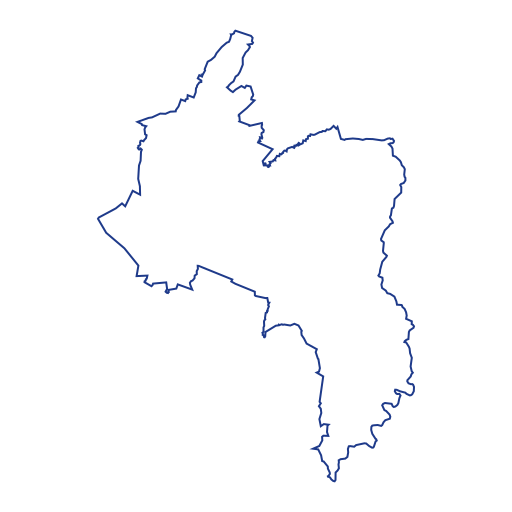 outline of Colima, Colima, Mexico
{"feature_id": "50627088B47907092422730", "entity_name": "Colima", "entity_type": "district", "adm_level": 2, "iso_a3": "MEX", "parent_name": "Mexico", "parent_adm1": "Colima", "projection": "orthographic", "projection_center": [-103.617, 19.099], "detail": "fine", "context": "isolated", "style": "outline", "palette": "blue", "viewbox_px": 512, "rotation_deg": 0, "n_neighbors": 0, "source": "geoboundaries", "source_scale": "gbopen_adm2", "svg_char_len": 6058}
<svg xmlns="http://www.w3.org/2000/svg" viewBox="0 0 512 512"><path d="M251.9,41.1L252.6,37.8L251.0,35.9L235.4,30.7L234.4,31.8L234.0,33.3L232.1,34.4L230.9,34.4L231.2,35.0L230.2,39.0L229.0,41.8L226.7,42.7L221.7,47.0L216.5,53.2L214.7,56.7L211.0,59.9L207.7,61.7L204.7,69.2L205.1,70.4L203.0,74.2L202.3,74.4L202.7,74.7L202.0,76.6L199.3,75.2L197.8,78.4L201.3,80.6L201.3,82.0L199.4,82.4L197.1,85.5L196.9,86.9L196.0,88.3L195.7,92.4L193.7,97.5L187.7,95.2L187.4,97.7L187.7,98.7L185.7,99.4L185.2,101.1L181.0,99.5L178.5,106.5L176.0,109.9L175.7,111.4L170.3,111.7L165.5,113.8L160.2,113.6L152.0,117.4L148.6,117.9L137.5,121.9L141.8,124.1L142.1,125.1L146.2,126.2L145.2,127.4L144.5,129.3L145.1,134.3L146.6,135.2L146.0,138.1L143.5,140.8L144.2,141.5L141.3,140.6L140.5,140.9L140.0,142.8L140.4,144.0L140.0,145.0L138.3,146.0L138.6,147.1L137.8,147.9L138.8,149.4L139.4,149.5L140.6,148.5L141.8,149.7L141.0,151.8L140.6,160.8L139.0,165.5L138.2,178.9L139.9,186.2L140.1,194.7L132.7,190.8L125.2,206.3L122.0,203.4L115.8,208.4L98.8,217.5L98.0,218.8L106.2,232.8L124.4,248.3L138.4,265.6L136.6,276.1L147.4,275.6L146.7,278.7L145.8,279.3L145.7,280.6L144.6,281.3L144.5,282.2L151.5,286.2L152.6,285.0L153.1,283.6L166.2,282.4L167.1,288.9L165.6,291.7L166.8,292.8L167.9,293.0L168.0,292.2L168.7,292.1L168.6,289.9L176.3,288.6L177.8,284.4L192.2,289.6L190.2,284.7L189.9,282.8L191.1,281.1L192.5,280.6L194.5,278.3L194.7,275.6L196.8,274.2L196.7,271.2L197.9,268.9L197.7,265.8L198.7,265.9L232.3,279.5L231.3,281.5L235.4,283.8L254.8,291.7L254.9,295.4L255.8,296.0L265.5,298.1L267.3,298.0L268.2,302.6L269.3,302.7L268.1,305.0L268.9,306.3L267.6,309.5L267.7,310.8L267.0,311.0L267.0,312.4L265.7,312.9L265.0,318.1L265.3,319.4L264.3,320.4L264.0,321.6L264.2,325.9L263.5,327.4L263.5,331.8L262.4,332.8L262.9,333.8L262.7,334.9L263.6,335.3L264.1,337.2L264.6,337.3L265.2,336.5L265.5,332.0L275.8,325.7L278.8,325.3L278.9,324.7L279.6,325.0L281.8,324.3L283.0,324.8L284.2,324.5L290.3,325.5L294.4,323.8L298.5,325.5L301.8,330.9L301.3,331.8L301.6,335.0L304.0,338.5L306.6,343.6L316.8,349.2L315.7,352.1L317.9,358.7L318.4,359.1L319.9,368.2L319.0,371.6L316.7,372.6L323.2,376.4L319.6,401.8L320.8,403.3L318.9,406.2L320.8,408.8L321.3,413.0L319.4,419.1L320.8,426.2L323.8,424.1L328.5,424.7L327.5,425.6L327.0,432.0L328.3,435.9L323.4,435.7L322.1,436.8L322.3,440.4L319.3,446.0L313.1,448.7L318.2,449.4L321.1,455.3L322.2,461.1L323.7,461.5L327.8,466.5L327.9,468.6L329.7,472.4L329.9,473.9L328.6,475.8L327.2,476.7L328.1,476.6L330.0,477.4L331.3,479.4L333.3,481.0L334.6,481.3L335.5,480.0L335.6,472.5L337.6,470.5L338.9,468.3L338.5,464.5L338.9,462.3L338.7,460.3L340.6,459.2L345.3,458.6L347.4,456.9L348.2,452.4L347.9,449.0L348.8,446.3L350.1,446.1L354.2,446.7L356.1,445.1L364.4,443.3L366.2,443.5L369.1,446.0L372.1,447.7L373.3,447.5L373.9,446.6L375.6,441.4L376.7,440.6L376.2,439.2L375.5,438.8L372.3,433.8L371.2,429.9L371.4,426.8L372.3,425.6L373.9,425.3L377.7,425.0L381.2,425.9L382.2,425.1L383.5,422.3L385.3,420.2L389.8,418.7L390.3,416.7L389.6,414.6L386.2,411.0L384.4,410.1L382.2,405.3L383.2,403.8L385.0,403.0L391.6,403.8L392.7,406.2L393.8,407.0L395.4,406.5L397.3,405.0L398.3,403.3L399.4,398.1L400.5,395.5L399.4,393.9L397.1,394.0L396.0,393.3L394.8,391.2L395.2,389.7L396.7,389.8L400.1,391.3L405.4,392.7L406.4,393.8L409.8,395.4L410.9,395.2L412.2,394.3L413.8,391.2L414.0,386.9L413.1,384.7L412.3,384.1L410.9,384.2L408.5,383.3L407.3,381.4L407.4,380.2L410.7,376.5L411.4,374.3L412.8,372.7L411.7,371.2L410.6,366.5L411.8,357.8L410.1,353.2L409.6,348.6L408.9,346.8L406.2,342.5L404.4,342.1L404.7,341.2L406.4,339.8L408.4,339.1L408.9,332.0L409.7,330.4L413.5,327.8L414.0,326.3L412.9,324.8L411.7,324.2L411.8,321.3L406.1,318.8L406.7,315.6L406.1,312.3L404.6,308.9L402.3,306.8L402.0,305.4L401.5,305.0L397.0,304.7L396.4,301.5L394.4,296.6L390.2,293.9L387.3,293.2L385.8,290.6L382.1,288.0L381.4,284.5L382.7,280.4L382.4,277.7L379.2,276.5L378.4,275.6L379.7,273.3L380.2,269.5L382.3,261.7L386.4,256.9L386.9,255.7L383.4,252.6L383.0,250.9L383.8,243.0L383.7,242.2L381.3,240.5L381.0,239.0L384.8,230.3L388.8,226.4L390.1,224.2L392.9,222.8L392.5,221.3L390.0,217.7L390.1,216.5L390.9,215.3L391.9,208.5L393.4,207.7L394.0,206.0L394.6,199.0L401.2,192.6L401.3,187.1L400.2,185.0L401.0,184.0L403.7,183.0L405.4,180.5L405.4,177.9L404.6,176.8L404.2,174.6L404.8,169.2L403.9,167.3L401.8,165.2L400.9,162.2L399.8,160.5L395.7,156.7L392.9,155.7L392.5,148.6L391.4,146.5L388.8,144.1L390.4,143.3L392.7,143.1L393.7,142.1L394.0,140.9L392.5,138.7L390.7,139.0L389.9,138.3L387.7,138.6L384.1,140.2L381.7,140.4L372.8,139.1L366.1,138.9L362.8,139.9L358.8,139.0L352.8,138.5L345.5,139.2L344.6,139.9L340.9,138.9L337.5,127.0L336.3,128.7L333.6,125.9L330.5,129.0L328.7,129.7L326.8,129.4L325.4,131.2L322.5,131.0L321.8,131.9L319.7,132.1L314.7,134.7L313.4,134.9L310.5,134.3L310.1,136.0L308.6,135.8L307.9,136.3L307.9,138.7L306.0,139.2L305.7,141.1L303.3,140.4L302.7,143.3L299.5,144.7L299.1,144.6L299.2,143.2L298.7,142.9L298.0,143.9L298.7,145.3L298.2,145.6L296.4,144.9L295.9,145.9L294.4,145.6L293.9,146.7L294.5,147.4L294.2,147.9L292.1,146.9L287.8,148.4L287.0,149.3L286.6,151.4L285.4,150.6L284.4,150.6L283.2,151.8L283.1,152.9L282.2,153.1L281.8,154.0L281.2,154.4L279.8,153.9L279.3,156.2L276.9,155.9L276.2,157.5L275.0,158.8L275.3,160.4L273.5,160.1L272.8,161.4L269.6,161.9L270.5,163.3L269.6,164.2L270.0,165.4L269.1,165.3L269.1,166.5L268.5,167.0L267.8,166.8L267.0,165.3L264.9,165.4L265.5,163.5L265.1,163.3L263.6,164.7L262.7,161.1L272.6,149.2L258.0,142.5L258.5,141.3L260.2,141.1L259.4,139.8L259.6,139.1L260.3,138.6L260.0,137.3L261.0,137.5L262.0,138.4L262.3,137.9L261.4,134.1L261.7,132.9L263.4,132.1L263.8,130.2L261.7,127.8L261.6,125.9L262.1,124.9L261.9,123.0L248.5,126.1L249.8,125.3L239.3,121.4L239.8,120.8L239.3,116.0L238.7,115.8L238.8,114.8L246.8,108.1L254.5,100.4L251.2,99.4L251.7,97.3L252.8,96.2L253.2,94.6L250.6,86.5L246.4,85.6L244.8,87.9L241.4,86.0L235.6,89.6L232.9,92.1L230.6,90.6L227.0,87.3L228.4,86.3L228.6,85.6L231.0,83.2L233.5,81.4L235.6,76.6L238.0,74.9L239.9,71.8L242.8,64.6L242.7,58.0L245.6,52.5L248.0,50.2L249.9,47.1L249.7,46.3L248.0,44.5L252.2,43.9L253.0,42.7L251.9,41.1Z" fill="none" stroke="#1e3a8a" stroke-width="2"/></svg>